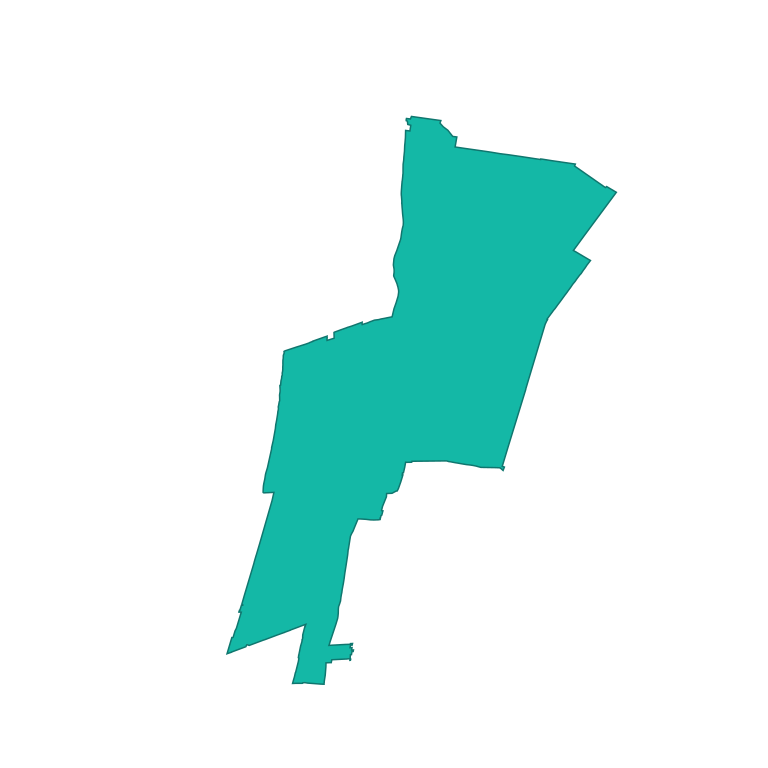 Leidschendam-Voorburg, Zuid-Holland, Netherlands, rotated 316°
{"feature_id": "6326949B15428140131776", "entity_name": "Leidschendam-Voorburg", "entity_type": "district", "adm_level": 2, "iso_a3": "NLD", "parent_name": "Netherlands", "parent_adm1": "Zuid-Holland", "projection": "robinson", "projection_center": [4.405, 52.093], "detail": "fine", "context": "isolated", "style": "filled", "palette": "teal", "viewbox_px": 768, "rotation_deg": 316, "n_neighbors": 0, "source": "geoboundaries", "source_scale": "gbopen_adm2", "svg_char_len": 5911}
<svg xmlns="http://www.w3.org/2000/svg" viewBox="0 0 768 768"><g transform="rotate(316 384 384)"><path d="M409.6,528.9L412.9,527.4L412.6,526.6L411.8,525.4L429.5,515.5L477.1,489.2L482.0,486.5L482.8,485.9L491.3,481.1L541.4,453.0L544.8,451.7L546.4,451.3L546.3,450.6L557.7,448.7L559.2,448.6L564.2,447.7L567.5,447.2L575.5,445.8L579.4,445.2L581.4,444.8L585.6,444.1L588.8,443.4L593.0,442.9L595.9,442.3L598.5,441.9L600.4,441.6L602.5,441.5L606.6,440.6L608.7,440.3L610.2,440.0L612.3,439.5L618.3,438.6L616.3,431.4L613.0,419.5L631.5,416.3L684.3,407.5L681.3,396.6L680.3,396.6L679.7,396.5L672.5,359.6L674.4,358.7L665.4,347.1L664.5,345.9L664.3,345.6L663.8,345.0L659.9,340.0L653.8,331.9L653.0,331.0L652.6,331.3L650.2,328.2L640.2,315.1L638.1,312.4L632.6,305.3L627.6,299.1L622.1,291.7L618.5,287.0L605.5,270.3L599.8,262.9L608.0,256.9L605.4,253.6L606.2,245.9L605.3,240.1L605.5,235.2L607.9,234.0L602.5,227.1L589.6,210.6L587.1,211.7L584.6,208.6L583.8,209.1L582.9,210.0L583.4,211.2L581.4,213.8L583.0,216.5L578.4,220.0L575.7,216.6L570.4,221.8L566.4,225.3L564.6,226.8L562.8,228.5L560.4,230.8L556.0,234.5L553.6,236.7L550.4,239.2L548.0,241.6L543.9,245.8L543.1,246.4L541.3,248.0L538.8,250.1L538.0,250.7L537.4,251.1L536.9,251.6L533.9,254.2L533.5,254.6L530.7,257.1L528.9,258.8L527.6,260.2L527.2,260.8L523.8,264.9L522.8,265.9L522.3,266.3L522.2,266.6L519.8,269.4L518.2,271.4L515.6,274.5L511.9,279.3L510.3,281.1L508.6,282.7L507.6,283.5L507.0,283.8L505.2,284.9L502.4,286.9L500.1,288.7L498.0,290.4L496.7,291.3L495.3,292.1L492.7,293.4L485.9,296.9L481.0,299.1L479.8,299.8L478.2,300.8L473.5,304.8L473.1,305.3L471.3,308.0L470.4,309.1L469.4,310.1L468.8,310.7L466.3,312.7L465.8,313.5L464.8,316.3L463.8,318.9L463.0,320.9L462.1,322.5L461.4,323.9L459.8,326.4L459.1,327.3L458.1,328.3L457.2,329.0L455.3,330.5L454.3,331.1L449.1,334.0L443.5,336.8L436.5,341.3L432.5,338.7L430.1,337.2L426.8,335.0L426.0,334.6L424.8,333.9L421.6,331.5L420.8,331.1L419.1,330.4L417.4,329.6L415.9,329.1L414.4,328.5L412.0,327.3L409.6,326.1L410.7,324.8L411.2,324.4L400.8,319.8L398.2,318.5L397.7,318.2L395.6,317.3L390.3,314.9L384.2,312.2L383.8,312.2L380.0,316.4L379.7,316.3L373.3,313.1L373.9,312.4L375.6,310.9L375.8,310.6L375.9,310.3L376.3,310.0L362.5,303.7L362.4,303.9L361.5,303.5L359.7,302.7L358.6,302.4L355.3,300.9L347.1,296.8L335.9,291.4L335.5,291.3L335.0,291.2L334.7,291.1L333.8,292.3L333.7,292.4L332.4,293.0L331.6,293.4L331.3,293.6L329.7,295.2L328.4,296.3L328.1,296.4L325.5,299.0L324.7,299.9L322.7,301.7L322.1,302.4L320.6,303.8L319.9,304.4L318.7,305.2L318.4,305.4L317.3,306.6L317.1,306.9L316.7,307.1L315.9,307.3L314.4,308.7L313.3,309.4L312.3,310.0L308.9,312.9L308.8,313.0L308.2,312.7L308.0,312.8L304.9,316.4L303.7,317.5L301.4,319.2L300.9,319.7L300.6,320.0L300.2,320.5L297.5,323.4L296.9,323.8L296.3,324.0L293.7,325.9L291.9,327.1L291.6,327.6L291.1,328.2L289.6,329.5L288.9,329.8L288.2,330.4L286.5,331.8L281.7,335.4L280.7,336.1L279.6,336.9L278.1,337.9L277.0,338.8L274.9,340.6L265.1,347.7L259.1,351.6L258.7,351.9L258.4,352.3L257.9,352.7L241.9,363.3L236.9,366.1L235.7,366.9L232.3,369.5L228.4,372.1L226.4,373.6L224.3,375.5L222.6,377.1L221.7,378.1L221.9,378.8L223.4,380.1L229.5,385.5L222.5,390.1L183.6,412.5L176.7,416.4L173.0,418.5L172.9,418.5L167.3,421.7L165.9,422.6L162.2,424.7L136.6,439.1L129.0,443.5L129.0,444.8L128.7,445.0L127.8,444.1L123.0,446.7L122.8,446.4L121.8,446.9L122.0,447.0L121.3,447.4L122.8,449.0L108.1,457.2L105.4,458.1L99.5,461.4L98.6,461.0L98.4,460.7L83.7,469.0L86.3,470.2L86.2,470.2L88.0,471.0L88.1,470.9L102.1,477.0L104.1,476.3L104.5,476.6L104.8,477.1L105.0,477.6L105.4,478.4L120.1,484.8L119.9,484.8L132.6,490.3L140.2,493.7L140.3,493.7L145.5,496.0L145.6,495.9L151.8,498.6L160.6,502.4L160.9,502.6L160.1,502.9L159.1,503.3L159.3,503.4L159.2,503.4L159.2,503.5L158.5,503.8L157.1,504.4L153.9,506.4L151.3,508.0L149.5,509.7L149.4,509.8L149.4,510.0L148.9,510.3L147.3,511.4L147.1,511.3L147.0,511.6L145.5,512.6L142.1,514.5L134.4,519.8L134.2,519.8L134.0,520.1L132.3,521.3L132.2,521.5L132.4,521.9L132.3,522.1L132.2,522.2L129.5,524.2L126.6,526.0L120.2,530.0L119.7,530.1L116.2,532.4L113.4,534.0L113.2,534.1L110.2,535.9L112.8,538.2L113.0,538.4L114.7,540.0L116.2,541.5L117.1,542.4L117.6,542.7L118.0,542.5L119.6,543.8L121.3,546.1L130.1,556.0L132.3,558.3L132.6,557.9L133.3,557.5L134.6,556.3L139.5,552.6L145.5,547.3L148.6,544.3L151.1,546.5L152.5,547.8L154.9,546.1L165.0,554.9L165.6,555.5L166.5,556.2L167.1,556.6L168.3,557.7L168.7,558.0L167.5,559.1L167.9,559.4L168.2,559.3L168.9,558.8L168.9,558.7L169.3,557.9L169.4,557.5L171.8,555.4L172.6,556.1L175.1,554.2L176.0,555.0L177.3,554.1L175.9,552.8L177.9,551.4L176.4,550.1L178.5,548.6L179.7,549.7L181.1,548.8L179.5,547.4L178.9,547.8L175.5,544.7L171.7,541.4L170.6,540.5L165.2,535.8L162.8,533.8L164.0,533.2L166.1,532.0L182.7,523.3L186.8,521.0L187.7,520.5L189.2,519.4L191.8,517.2L192.1,516.9L194.9,514.1L196.7,512.6L199.6,511.2L201.0,510.4L201.5,510.2L202.1,509.8L205.0,507.4L207.6,505.5L208.7,504.8L211.2,502.8L216.4,499.1L220.5,496.0L221.5,495.2L224.5,492.8L230.1,488.6L238.5,482.2L240.1,480.9L242.2,479.1L242.9,478.5L243.9,477.9L251.3,472.3L254.1,470.2L255.8,469.5L256.9,469.1L259.6,468.3L262.2,467.1L263.8,466.4L271.6,463.0L274.1,465.6L277.1,468.9L279.7,472.1L281.6,474.1L282.4,474.9L285.2,477.4L286.0,478.1L286.3,478.2L286.5,478.4L287.1,478.8L287.7,478.1L287.9,477.8L288.2,478.0L290.5,476.6L291.2,476.8L291.3,476.8L295.1,474.5L294.3,473.6L294.3,473.4L294.5,473.2L298.0,471.0L307.4,466.8L309.8,464.6L313.9,468.2L316.8,469.0L318.4,469.5L319.2,470.1L321.8,469.2L328.2,466.0L334.3,462.6L333.8,462.2L335.6,460.8L336.3,461.4L341.2,458.2L345.2,455.3L346.8,457.0L347.7,457.7L348.0,458.1L349.6,459.5L350.4,459.0L353.4,461.8L375.2,482.4L375.8,483.1L376.7,484.8L377.7,486.0L380.5,490.0L382.1,492.1L384.1,494.9L387.2,499.1L389.7,502.1L391.3,504.2L393.3,507.1L394.5,509.2L394.9,509.8L395.6,511.0L395.9,511.4L400.8,516.3L404.3,519.8L406.0,521.5L408.8,524.4L409.0,524.7L409.3,525.4L409.6,528.9Z" fill="#14b8a6" stroke="#0f766e" stroke-width="1.5"/></g></svg>